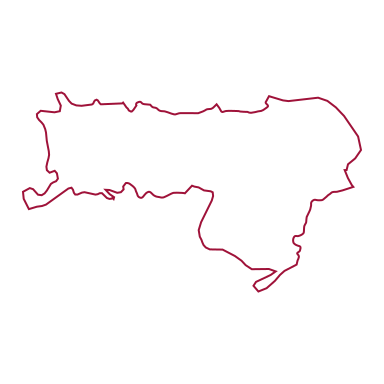 the District of Sremski
{"feature_id": "SRB-281", "entity_name": "Sremski", "entity_type": "District", "adm_level": 1, "iso_a3": "SRB", "parent_name": "Republic of Serbia", "parent_adm1": "", "projection": "albers", "projection_center": [19.679, 44.916], "detail": "fine", "context": "isolated", "style": "outline", "palette": "rose", "viewbox_px": 384, "rotation_deg": 0, "n_neighbors": 0, "source": "natural_earth", "source_scale": "10m", "svg_char_len": 4604}
<svg xmlns="http://www.w3.org/2000/svg" viewBox="0 0 384 384"><path d="M75.2,194.5L73.9,192.8L73.0,189.8L71.5,187.7L68.4,188.5L46.0,204.6L42.0,206.0L36.9,206.7L28.9,209.1L23.7,198.8L23.0,191.8L29.8,188.1L33.1,189.2L38.0,194.7L41.7,195.2L44.6,193.4L46.9,190.5L50.9,183.9L53.2,182.4L56.1,181.2L57.9,178.7L56.9,173.3L54.7,170.8L49.6,172.7L46.9,170.2L46.4,166.7L47.3,162.4L48.5,158.2L49.1,154.9L48.8,151.3L46.8,140.9L46.0,132.5L45.2,129.1L43.4,124.7L41.6,122.5L39.1,120.0L37.2,117.3L36.9,114.1L40.7,110.8L54.5,112.3L59.8,111.2L60.8,105.6L57.7,99.0L56.0,93.8L61.5,92.5L64.4,94.1L69.0,100.9L71.6,103.6L76.3,105.4L81.6,105.8L91.9,104.5L93.2,103.6L93.9,102.0L94.8,100.5L96.6,99.7L97.8,100.4L99.8,103.4L100.9,104.3L122.3,103.4L123.1,102.6L124.6,104.7L126.3,107.2L126.7,107.6L127.3,108.2L127.7,108.5L127.8,108.7L128.1,109.1L128.5,109.9L128.6,110.1L128.8,110.3L128.9,110.5L129.1,110.6L130.4,111.3L130.8,111.5L131.0,111.5L131.4,111.5L131.7,111.5L131.9,111.4L132.0,111.2L132.5,110.8L133.1,110.2L133.6,109.6L136.4,105.5L136.2,105.2L136.1,104.4L136.2,103.8L136.5,103.2L136.9,102.8L137.5,102.5L138.7,102.0L139.6,101.8L140.0,101.8L140.5,101.9L141.0,102.2L142.3,103.5L142.9,103.8L143.5,104.0L144.5,104.2L150.2,104.7L150.4,104.9L151.6,106.3L152.3,106.9L152.8,107.2L153.4,107.4L155.1,107.7L155.9,107.9L156.5,108.2L157.0,108.5L158.7,110.1L159.8,110.7L160.4,110.9L161.3,111.1L164.3,111.3L165.2,111.5L167.8,112.3L171.4,113.6L173.9,114.3L174.6,114.4L175.4,114.4L179.0,113.3L179.9,113.2L180.9,113.1L183.9,113.1L198.2,113.2L203.0,111.4L204.8,110.5L206.1,109.7L206.7,109.4L207.5,109.2L210.8,108.9L211.5,108.7L212.2,108.3L212.9,107.9L214.2,106.7L216.6,104.3L219.2,107.8L221.2,111.3L221.6,111.7L222.1,111.9L222.6,112.0L223.0,111.9L225.2,111.2L226.1,111.0L228.1,110.9L232.1,110.9L236.4,111.0L238.6,111.1L239.5,111.3L240.0,111.5L243.9,111.8L247.4,111.9L247.8,112.0L248.9,112.5L249.3,112.6L251.0,112.8L255.2,112.1L256.8,111.7L258.0,111.4L261.3,110.9L262.1,110.5L262.9,110.2L263.7,109.7L266.0,108.1L267.1,107.3L267.7,106.7L267.9,106.4L268.0,106.0L267.8,105.5L267.5,104.9L266.4,103.8L265.9,103.2L265.7,102.8L265.7,102.3L265.8,101.9L266.1,101.5L269.0,96.2L283.0,100.4L288.5,101.1L318.1,97.7L327.4,100.9L335.9,107.4L341.1,112.9L344.0,115.9L356.4,134.0L358.1,136.5L361.0,150.0L355.2,158.4L348.0,164.3L346.6,170.0L344.7,170.1L347.9,178.0L351.8,185.1L353.3,186.9L342.5,190.4L336.9,191.8L333.9,191.9L333.1,192.0L332.0,192.3L331.3,192.8L329.9,194.0L328.2,195.1L326.3,196.9L323.2,199.5L322.7,199.8L322.0,200.1L321.3,200.2L319.3,200.3L317.3,200.2L315.3,199.8L314.6,199.8L314.0,199.9L313.5,200.2L312.9,200.5L311.8,201.5L311.4,202.2L311.2,202.7L311.1,203.2L311.1,205.3L311.0,206.0L310.2,209.5L309.4,211.4L306.7,217.0L306.4,219.4L306.2,222.0L306.0,222.8L305.6,223.5L304.8,225.0L304.4,225.8L304.2,226.7L304.1,227.6L303.9,231.4L303.8,232.3L303.6,232.9L303.3,233.4L302.4,234.2L301.5,234.8L299.8,235.6L298.1,236.1L297.3,236.1L296.3,236.0L295.6,236.0L295.1,236.1L294.7,236.3L294.2,236.8L293.6,237.9L293.4,238.4L293.2,239.3L293.1,240.4L293.2,241.4L293.4,242.4L293.6,242.9L294.0,243.4L294.9,244.2L295.8,244.8L297.6,245.6L299.6,246.2L300.0,246.5L300.4,247.0L300.5,247.6L300.5,248.3L300.1,250.0L299.9,250.7L299.5,251.3L299.1,251.6L297.7,252.6L297.4,252.9L297.2,253.4L297.3,253.8L298.6,255.5L298.8,256.1L298.9,256.8L298.8,257.3L298.2,259.2L297.6,260.4L296.6,264.6L284.5,270.9L280.0,274.9L274.9,280.9L266.6,288.2L258.4,291.5L253.5,285.8L256.0,281.9L270.6,275.0L275.7,271.4L268.9,269.0L251.8,269.2L245.7,265.2L241.5,260.7L234.9,256.0L222.6,249.6L209.8,249.4L205.8,247.5L203.6,245.1L202.4,242.5L201.4,239.7L199.8,236.7L198.7,230.1L201.1,222.2L211.8,200.5L213.1,196.0L212.7,192.3L210.7,191.3L204.0,190.4L198.6,187.4L194.4,186.6L192.0,185.7L184.9,193.3L184.0,193.1L182.1,192.9L176.9,192.7L174.9,192.8L173.9,192.8L172.9,193.0L171.2,193.7L166.9,195.9L164.5,197.0L163.5,197.4L162.7,197.5L161.9,197.5L161.1,197.5L159.3,197.1L156.9,196.7L155.6,196.3L154.1,195.5L153.4,195.0L151.1,192.8L150.5,192.3L149.9,192.0L149.2,191.8L148.8,191.8L148.1,192.0L147.4,192.3L146.3,193.0L145.7,193.6L144.7,194.7L143.5,196.2L142.6,197.2L141.9,197.6L141.4,197.8L140.8,197.8L140.3,197.7L139.3,197.3L138.8,197.0L138.2,196.4L137.7,195.7L137.0,193.5L136.0,191.3L135.3,189.1L134.9,188.4L133.9,187.2L132.6,186.0L129.8,183.9L129.1,183.5L127.9,183.1L127.1,183.0L126.3,183.0L125.8,183.1L123.2,186.5L123.6,189.4L120.9,192.2L117.2,192.8L109.5,190.0L105.6,189.8L109.7,194.2L114.1,197.2L113.6,199.0L112.6,197.9L112.6,198.3L111.9,198.6L109.4,198.9L106.9,198.0L102.0,193.2L99.8,193.2L97.7,194.2L95.5,194.6L84.5,192.2L82.0,192.6L77.6,194.5L75.2,194.5Z" fill="none" stroke="#9f1239" stroke-width="2"/></svg>